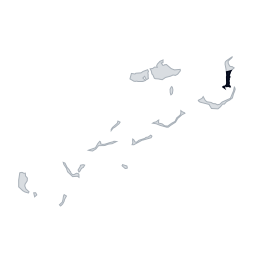 East Grand Bahama on a map of The Bahamas (Robinson projection), rotated 100°
{"feature_id": "BHS-5012", "entity_name": "East Grand Bahama", "entity_type": "District", "adm_level": 1, "iso_a3": "BHS", "parent_name": "The Bahamas", "parent_adm1": "", "projection": "robinson", "projection_center": [-78.023, 26.67], "detail": "fine", "context": "in_parent", "style": "filled", "palette": "ink", "viewbox_px": 256, "rotation_deg": 100, "n_neighbors": 0, "source": "natural_earth", "source_scale": "10m", "svg_char_len": 3811}
<svg xmlns="http://www.w3.org/2000/svg" viewBox="0 0 256 256"><g transform="rotate(100 128 128)"><path d="M74.5,102.7L74.4,106.7L74.7,109.7L74.4,110.7L71.4,112.7L70.6,113.8L67.7,115.0L65.9,116.5L65.1,114.0L63.4,112.4L63.1,109.7L61.8,110.6L59.9,110.1L56.8,108.1L54.9,105.3L57.6,104.9L58.2,106.6L60.3,104.5L59.9,103.4L59.5,103.2L58.8,101.2L62.0,95.8L62.7,92.3L61.2,86.8L62.6,86.4L66.3,88.4L67.9,90.3L68.0,92.9L69.5,95.0L71.7,99.8L74.5,102.7ZM76.9,117.8L77.0,118.5L74.2,120.6L76.2,122.1L78.1,118.9L79.6,121.5L80.5,126.4L80.3,127.2L80.5,128.0L80.8,128.9L80.9,130.3L79.3,134.6L73.7,134.1L73.6,130.5L72.7,129.8L71.4,124.7L69.7,123.0L67.2,118.8L68.6,117.7L70.5,118.0L71.5,117.5L74.1,117.1L75.7,116.5L76.9,117.8ZM208.9,218.4L208.0,220.8L205.0,225.4L198.3,226.6L190.9,226.8L190.3,225.5L190.1,224.4L190.7,222.7L190.6,222.0L190.3,221.3L193.0,220.6L194.8,218.4L197.6,218.1L201.1,219.6L203.0,219.6L205.7,218.0L208.0,214.4L209.3,214.8L208.9,218.4ZM89.1,63.3L88.5,63.6L86.0,60.3L84.0,59.4L87.1,57.0L88.5,55.0L88.4,50.7L89.2,48.3L88.9,46.2L89.6,44.1L88.7,41.7L86.1,39.8L81.0,32.3L73.0,30.5L68.8,30.4L71.1,29.2L73.2,29.4L76.4,30.1L80.3,30.4L82.7,32.6L85.0,35.6L87.0,36.8L87.9,37.5L87.8,38.4L88.1,39.1L90.8,40.5L93.5,42.7L94.3,49.2L90.7,52.3L90.0,61.6L89.1,63.3ZM53.3,36.2L56.7,37.2L58.6,37.1L59.7,36.4L64.7,36.7L68.8,35.7L69.4,37.4L69.3,38.3L60.6,39.2L52.7,41.8L48.3,43.5L46.3,43.7L44.7,42.8L39.5,37.5L40.9,38.0L44.7,41.0L47.1,40.5L49.4,38.5L49.7,37.0L49.4,36.3L50.4,33.9L53.3,36.2ZM105.4,77.0L110.0,80.7L114.0,82.2L118.3,86.8L120.2,88.5L120.5,90.0L119.8,96.8L118.9,101.0L119.0,104.6L118.0,103.5L117.0,101.2L115.3,99.8L114.8,99.1L117.8,98.9L118.0,95.2L119.5,92.2L119.2,89.2L115.7,85.8L113.3,82.8L109.6,81.8L106.2,78.9L104.1,78.5L101.7,79.0L102.6,77.3L103.2,74.9L103.6,74.5L105.4,77.0ZM156.9,162.4L156.8,163.2L153.1,156.6L148.6,155.0L146.0,153.5L146.6,152.5L148.4,152.2L148.6,150.1L147.9,147.8L145.5,143.3L144.1,140.2L143.5,139.5L143.3,136.9L146.2,140.9L147.3,144.5L149.3,147.9L150.5,153.9L154.2,156.0L156.8,158.9L156.9,162.4ZM175.1,184.8L173.1,185.8L173.5,184.0L177.3,181.2L179.4,178.6L180.6,177.7L181.0,177.0L182.7,176.1L183.5,174.4L183.3,173.1L181.5,170.9L181.5,169.3L182.1,168.3L185.1,167.7L184.3,169.4L185.5,174.1L181.6,179.9L178.3,181.7L175.1,184.8ZM143.5,119.4L143.7,121.1L141.8,120.7L139.0,121.4L138.0,121.4L138.6,120.3L140.5,118.7L140.6,117.2L138.2,115.1L135.4,109.8L134.1,108.6L133.4,106.6L131.1,104.4L131.6,103.3L132.0,103.0L133.6,103.6L137.3,111.2L137.5,111.9L143.5,119.4ZM208.2,177.7L209.9,178.2L210.9,178.1L214.1,179.1L216.1,180.5L216.5,181.0L215.5,182.2L212.5,179.9L209.9,179.6L206.2,179.7L204.7,179.3L205.7,176.8L208.2,177.7ZM179.2,168.0L179.9,168.6L178.1,169.9L174.0,168.3L173.0,168.4L172.2,166.6L171.9,165.4L172.1,164.2L174.5,165.1L175.9,166.8L179.2,168.0ZM85.7,92.6L82.5,93.3L80.2,92.6L79.6,92.1L80.6,91.2L82.7,90.4L86.2,90.3L87.7,91.2L87.9,91.6L85.7,92.6ZM133.5,144.1L132.3,144.3L130.2,143.4L125.2,139.4L122.9,139.1L123.6,136.8L125.4,137.6L129.4,141.0L130.9,142.8L133.5,144.1ZM168.4,123.7L166.2,127.3L165.0,127.0L165.6,122.5L167.2,121.8L167.8,121.9L168.4,123.7ZM212.0,208.0L208.2,209.6L207.8,207.7L209.7,206.2L212.0,208.0Z" fill="#d9dde1" stroke="#a8b0b8" stroke-width="1"/><path d="M53.9,36.7L54.9,37.1L55.5,37.0L56.8,37.3L58.2,37.6L59.1,37.6L59.5,37.0L60.1,36.7L61.0,37.1L61.5,37.2L62.5,36.8L63.9,37.0L64.8,36.7L65.7,36.3L66.2,36.2L68.0,36.2L68.4,36.0L68.7,35.6L68.9,35.2L69.2,34.8L69.6,34.6L69.7,35.2L69.5,35.9L69.4,36.6L69.9,37.7L70.0,38.4L69.7,38.9L69.2,39.1L68.5,38.6L68.3,38.5L67.9,38.4L66.1,38.5L64.4,38.9L60.5,39.7L59.0,39.7L55.6,40.6L54.7,38.4L53.9,36.7ZM71.3,40.4L71.5,40.2L71.8,40.0L71.6,40.4L71.5,40.6L71.4,41.0L71.3,41.3L71.1,41.6L70.9,41.6L70.8,41.4L70.4,40.9L70.3,40.6L70.2,40.3L70.4,40.2L71.2,40.0L71.4,40.2L71.1,40.5L71.3,40.4Z" fill="#0f172a" stroke="#020617" stroke-width="1.5"/></g></svg>